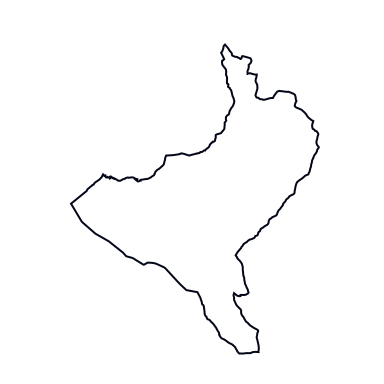 Ceahlau, Neamt, Romania, rotated 190°
{"feature_id": "2599482B21330814812999", "entity_name": "Ceahlau", "entity_type": "district", "adm_level": 2, "iso_a3": "ROU", "parent_name": "Romania", "parent_adm1": "Neamt", "projection": "mercator", "projection_center": [25.941, 47.008], "detail": "fine", "context": "isolated", "style": "outline", "palette": "ink", "viewbox_px": 384, "rotation_deg": 190, "n_neighbors": 0, "source": "geoboundaries", "source_scale": "gbopen_adm2", "svg_char_len": 5986}
<svg xmlns="http://www.w3.org/2000/svg" viewBox="0 0 384 384"><g transform="rotate(190 192 192)"><path d="M185.1,342.9L185.8,341.9L186.2,341.1L186.1,339.0L186.5,336.7L186.7,335.6L187.5,334.2L184.3,329.8L183.4,328.3L184.0,327.7L184.1,327.2L184.4,326.9L185.1,326.5L185.2,326.0L184.5,323.2L183.8,322.1L179.9,318.6L179.6,318.0L179.5,317.1L179.2,316.6L178.9,313.3L177.8,311.8L177.2,310.3L177.0,308.1L176.5,305.9L176.5,305.4L176.3,304.9L174.9,304.4L174.8,303.9L174.8,302.0L174.6,301.7L172.9,301.0L172.6,300.3L171.1,299.0L168.7,293.5L167.3,291.5L166.0,288.5L166.2,286.2L166.6,284.1L167.1,282.8L167.9,281.5L169.0,278.1L169.1,275.2L169.4,274.6L170.5,273.7L171.5,271.9L171.5,270.8L171.2,269.3L170.7,268.3L171.0,267.4L171.7,266.4L171.9,265.5L171.5,264.5L171.3,261.5L171.1,260.0L171.9,258.0L172.7,257.0L173.5,255.2L174.2,254.7L177.7,253.0L178.4,252.4L178.5,251.3L178.0,249.9L178.1,249.3L178.4,248.1L178.2,247.3L178.4,246.1L179.7,245.1L180.3,245.1L180.5,244.4L181.3,244.0L181.4,243.5L182.6,241.9L182.5,241.5L182.9,240.3L183.1,239.3L183.6,238.6L185.2,237.0L186.1,235.8L186.3,235.2L187.2,235.1L188.3,233.9L189.1,233.2L190.7,232.8L191.1,232.0L191.8,231.5L192.8,231.3L193.8,230.6L194.5,230.6L196.6,229.5L199.4,228.3L201.0,227.4L207.1,228.2L209.4,228.2L210.3,227.4L212.2,226.6L217.1,225.0L223.8,223.4L224.3,220.9L224.2,219.3L224.6,214.4L225.2,213.2L228.5,209.0L230.1,207.8L231.0,206.3L231.5,205.9L231.7,204.4L232.1,203.6L231.9,203.1L232.4,201.9L234.4,200.1L235.2,199.1L237.6,197.4L244.8,195.0L244.6,194.2L245.2,194.1L245.6,193.7L246.6,193.1L247.2,193.0L248.4,193.6L248.1,194.5L248.0,195.1L248.9,195.2L249.3,194.6L249.8,194.4L250.6,194.9L250.5,195.4L250.7,195.6L251.8,196.0L253.8,196.0L256.5,195.1L257.2,195.0L257.6,195.2L259.6,194.3L260.5,193.3L262.2,192.6L264.4,190.7L265.6,190.4L267.1,190.4L267.8,190.9L270.4,191.8L270.8,191.4L271.6,192.2L272.2,191.8L272.5,191.8L274.1,193.1L275.2,193.1L275.7,192.6L275.8,192.4L275.4,191.9L274.9,192.1L274.6,191.8L274.7,191.5L275.0,191.4L275.4,191.0L276.2,191.9L276.5,192.1L277.8,191.6L278.0,192.0L278.5,191.6L279.3,191.5L279.5,191.7L280.0,192.5L280.1,193.3L280.3,193.4L280.7,193.0L280.6,192.9L281.1,192.6L282.2,193.2L282.4,193.9L282.6,194.0L283.3,191.7L283.8,190.4L285.7,187.8L288.9,184.7L289.8,183.5L290.1,182.3L291.4,181.4L292.1,180.3L293.0,179.5L293.4,178.9L295.2,176.8L295.6,176.0L295.9,174.8L296.3,174.3L309.1,159.5L295.3,143.5L279.9,134.2L265.4,129.0L249.4,120.3L245.6,117.3L239.0,116.7L227.2,112.0L226.6,112.1L223.7,114.5L223.1,114.8L219.2,115.3L216.1,115.3L214.2,115.0L206.9,113.1L205.2,112.4L188.3,99.5L180.5,94.4L169.3,94.3L165.3,89.2L164.8,88.0L163.7,86.2L163.1,84.9L162.9,84.1L162.6,83.5L162.1,82.9L161.3,82.6L160.9,82.2L160.5,81.4L159.0,76.7L158.3,74.0L158.0,73.3L156.9,72.1L155.8,71.3L155.5,70.4L155.2,70.0L154.4,69.4L152.6,69.1L152.2,68.8L150.4,67.3L148.5,66.1L147.7,65.3L146.8,64.7L146.1,63.7L145.0,62.9L142.8,60.0L141.0,58.2L140.6,56.7L140.1,56.2L140.3,55.8L140.2,55.6L138.0,53.4L136.6,52.8L134.4,52.3L129.4,49.8L125.8,48.8L122.4,46.6L121.6,45.2L120.6,44.3L119.6,42.8L117.4,41.1L115.9,41.5L114.7,41.5L109.9,42.9L106.7,43.4L105.8,43.8L105.0,44.6L102.3,45.5L98.7,45.9L98.9,46.5L99.0,49.5L99.5,51.3L100.0,52.9L102.4,58.7L103.1,60.0L103.0,62.5L103.2,64.2L102.7,65.9L102.8,67.0L103.7,67.7L107.4,68.9L111.6,70.7L114.7,73.0L116.2,73.7L118.3,76.0L119.3,77.5L120.9,78.8L121.9,80.0L122.6,81.3L123.0,83.6L123.6,84.7L127.4,87.4L128.8,88.6L131.8,93.0L132.3,95.5L132.9,96.8L133.2,97.7L133.0,99.7L129.7,97.8L127.6,97.6L126.3,97.9L126.5,98.8L125.8,99.2L122.8,99.6L121.2,100.2L120.5,100.7L119.1,102.1L118.8,102.6L120.3,105.8L121.5,107.3L122.3,108.7L124.0,111.1L124.6,113.1L125.2,114.4L125.8,116.9L126.9,118.5L127.6,121.2L128.5,124.2L129.0,127.0L130.5,130.1L132.5,132.2L135.0,133.9L135.4,134.4L136.3,135.1L136.4,135.6L136.9,136.2L138.0,137.1L136.8,140.5L134.9,143.8L134.1,144.9L133.7,146.4L132.8,147.8L132.3,149.5L130.2,151.6L129.3,152.3L128.3,153.8L127.0,155.1L124.6,156.2L124.1,156.7L122.9,157.4L122.5,157.9L122.0,159.6L120.1,160.6L119.9,160.9L119.6,163.7L119.1,164.6L118.5,164.9L118.2,165.5L118.0,167.3L117.9,167.6L115.7,169.5L114.6,170.8L111.9,173.1L111.4,174.2L111.3,174.9L111.4,176.8L110.8,178.8L109.3,179.9L108.6,181.1L105.8,182.9L104.9,183.7L104.4,185.1L104.2,186.6L103.7,188.4L103.5,189.0L102.3,190.6L101.1,193.2L100.3,194.6L100.1,195.2L100.2,195.8L100.1,196.5L98.6,198.7L98.2,199.8L98.0,200.7L97.4,201.6L96.1,202.9L95.4,204.6L94.0,205.8L91.6,207.5L90.9,208.7L91.1,211.5L91.0,212.4L91.0,215.3L90.8,217.6L90.3,219.8L88.7,221.8L85.7,224.7L83.2,227.9L80.5,229.5L80.3,230.9L79.7,232.9L79.6,235.9L79.4,236.7L79.2,237.8L79.4,239.7L79.1,241.9L79.2,243.6L79.0,244.8L78.5,246.2L78.6,246.6L78.2,247.8L78.0,249.2L76.7,251.7L76.6,252.2L76.1,253.4L75.9,255.8L75.2,256.9L74.9,258.2L76.8,259.9L77.7,261.4L78.1,262.3L78.2,263.9L77.9,266.6L78.0,268.5L77.6,270.2L77.7,271.0L78.0,271.7L79.5,273.2L80.4,273.6L81.4,273.6L82.4,274.7L83.5,274.9L84.2,275.4L85.0,277.2L85.3,278.7L85.3,280.1L85.0,281.4L85.0,282.1L84.9,283.0L86.4,283.4L90.1,285.4L92.2,287.2L93.0,288.3L95.3,290.1L98.4,292.0L101.5,292.8L102.5,292.9L104.4,293.5L105.6,294.3L105.8,294.6L105.7,297.0L105.3,298.7L104.9,299.7L105.4,300.4L106.0,301.7L106.2,302.6L106.5,303.6L107.4,305.4L107.9,305.8L109.7,306.6L110.5,306.6L111.3,306.9L114.5,307.5L115.8,307.1L123.7,306.7L125.3,305.8L125.7,305.4L128.0,300.7L128.5,298.8L128.8,298.6L130.4,298.3L132.9,297.3L135.9,295.7L138.1,295.2L138.9,295.4L141.2,295.3L143.1,296.3L144.4,296.2L145.0,296.5L145.6,297.2L146.3,298.4L145.6,304.4L145.6,305.7L145.9,307.1L146.1,307.4L146.3,308.8L147.2,310.1L148.1,311.1L148.7,312.5L148.8,314.4L148.5,315.8L148.6,318.9L149.8,318.6L152.8,318.7L155.2,319.1L156.8,318.6L157.8,318.0L158.3,320.6L158.2,321.7L157.8,323.1L157.8,325.5L158.3,326.7L156.6,329.4L156.2,331.1L156.3,331.9L157.7,333.9L163.8,334.5L166.0,334.6L166.4,333.7L166.4,332.8L166.6,332.0L167.1,331.5L167.5,331.4L168.5,332.1L170.1,332.3L170.8,332.8L173.5,332.7L176.1,333.4L177.2,335.9L179.9,338.0L180.5,338.9L181.2,339.7L185.1,342.9Z" fill="none" stroke="#020617" stroke-width="2"/></g></svg>